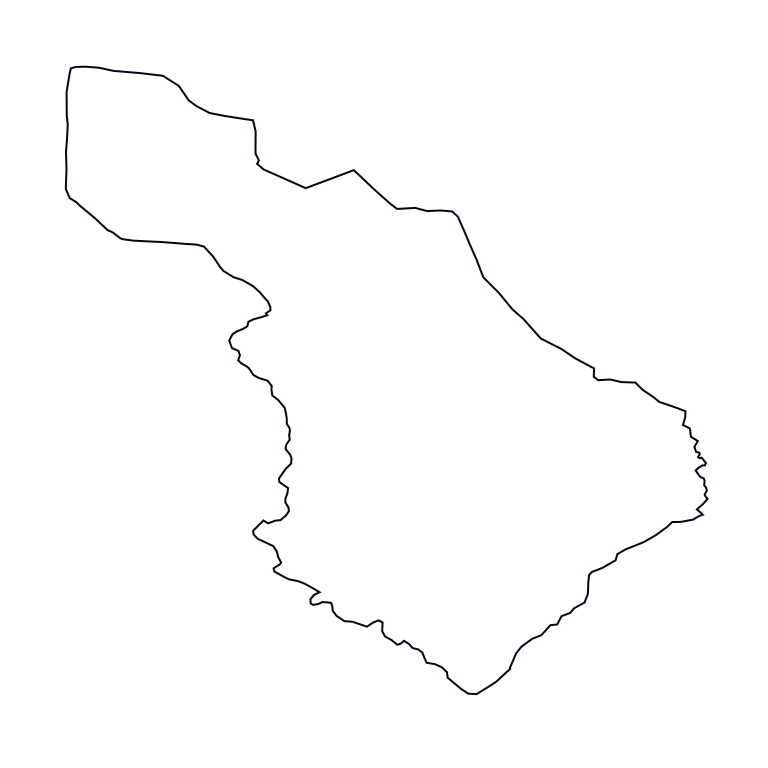 Pynes Town, Sinoe, Liberia (Natural Earth projection), rotated 272°
{"feature_id": "62588387B44747363578735", "entity_name": "Pynes Town", "entity_type": "district", "adm_level": 2, "iso_a3": "LBR", "parent_name": "Liberia", "parent_adm1": "Sinoe", "projection": "natural_earth1", "projection_center": [-8.563, 5.57], "detail": "fine", "context": "isolated", "style": "outline", "palette": "ink", "viewbox_px": 768, "rotation_deg": 272, "n_neighbors": 0, "source": "geoboundaries", "source_scale": "gbopen_adm2", "svg_char_len": 3436}
<svg xmlns="http://www.w3.org/2000/svg" viewBox="0 0 768 768"><g transform="rotate(272 384 384)"><path d="M688.5,60.0L686.8,59.7L682.7,58.9L664.6,56.6L655.2,57.0L641.3,57.6L632.4,58.9L616.5,58.6L605.2,58.1L587.3,59.2L567.8,59.2L564.2,60.9L558.8,63.5L555.1,70.0L553.3,72.0L551.3,74.2L539.9,89.0L528.1,102.4L526.0,107.7L520.6,115.1L519.6,117.9L518.6,127.5L518.5,128.9L518.1,157.5L517.3,176.4L517.2,177.2L516.8,191.6L515.1,199.2L505.3,208.9L495.3,216.0L491.3,219.7L485.5,229.9L484.7,232.7L483.0,238.8L477.3,249.6L471.1,256.9L465.7,261.8L462.7,264.9L457.1,267.7L453.7,267.9L450.4,263.5L448.7,265.0L446.2,258.2L444.1,251.2L441.4,246.3L436.9,245.4L434.4,241.7L431.5,235.3L428.5,230.9L422.1,227.8L414.7,230.7L412.0,237.4L407.6,239.0L402.6,237.4L399.6,240.7L397.0,245.8L395.1,248.4L388.4,253.2L385.6,258.8L383.2,267.6L378.0,271.9L374.8,271.7L368.6,272.8L364.6,278.5L356.9,285.5L350.6,287.2L346.2,288.0L340.7,288.3L336.9,291.0L333.9,291.6L329.3,291.0L325.0,291.7L319.8,288.4L315.7,287.9L309.8,292.9L306.5,294.1L301.3,294.0L297.7,290.6L295.8,288.8L285.9,282.3L282.3,282.9L276.6,291.8L271.5,291.3L266.0,289.5L262.3,289.5L257.1,292.9L253.6,293.4L249.3,290.7L244.4,285.4L243.6,280.1L240.7,273.0L241.9,270.9L243.4,268.3L232.8,258.3L229.1,258.9L224.9,263.1L221.0,272.3L218.1,279.0L212.7,282.8L207.3,284.3L202.0,287.4L200.2,286.3L195.9,280.1L192.8,281.0L188.6,289.1L185.5,295.6L184.0,305.1L181.6,311.8L176.6,321.6L173.6,326.9L170.9,321.5L166.3,318.0L162.1,318.3L160.8,321.0L161.7,325.6L164.0,330.3L163.5,338.5L161.0,339.9L155.6,340.7L150.7,344.6L145.6,352.7L145.3,360.8L140.9,375.4L145.6,382.1L147.6,387.0L145.6,390.9L136.9,390.8L131.7,393.9L128.2,400.7L123.9,406.4L125.0,409.7L128.0,413.0L125.1,418.0L121.0,422.0L120.0,427.3L116.8,431.8L111.6,434.0L106.9,436.3L105.8,444.7L103.0,451.5L98.2,457.0L92.7,457.9L82.1,471.5L77.5,478.9L77.3,487.3L83.7,496.9L90.3,506.5L99.8,516.0L103.6,520.0L104.5,519.7L119.3,525.4L126.4,530.6L134.5,541.0L138.5,549.9L142.5,553.5L148.8,558.7L149.7,565.5L158.2,569.6L161.7,578.0L166.7,582.1L172.5,592.0L181.4,595.1L192.2,595.1L200.2,595.6L203.3,598.2L207.8,608.6L215.9,621.6L222.1,623.2L227.0,631.0L235.1,649.2L242.2,660.6L251.2,672.1L256.1,676.8L256.5,685.1L259.2,697.5L263.2,703.8L264.5,707.2L266.8,704.6L269.5,701.1L270.4,701.9L275.4,707.2L280.6,711.4L282.7,709.3L284.7,708.3L288.8,710.4L291.5,709.6L294.0,707.5L296.9,707.7L298.7,707.7L301.0,706.7L301.9,703.8L304.0,701.7L308.5,698.5L310.8,700.7L313.7,704.9L313.9,707.5L316.2,708.5L321.4,704.1L320.9,702.2L321.8,700.4L325.0,702.0L326.4,701.5L327.0,698.4L331.9,696.4L338.0,699.6L341.9,692.6L350.2,691.3L353.5,684.2L361.2,686.2L367.3,686.2L369.9,678.7L370.6,676.6L375.6,659.9L380.3,653.8L387.0,642.9L394.2,635.2L394.2,621.0L396.4,610.1L395.3,597.9L398.6,593.4L406.9,593.4L416.3,574.2L425.2,560.1L430.5,548.6L434.9,539.2L435.9,538.2L453.7,521.2L463.1,509.7L479.1,495.6L494.1,479.5L510.7,472.5L526.7,464.8L540.6,458.4L552.9,452.4L553.8,452.0L558.8,446.2L559.4,434.0L558.3,421.2L561.1,409.0L559.4,391.0L564.4,383.9L579.3,366.0L580.2,365.0L596.7,346.4L577.0,298.9L594.2,256.2L599.7,249.4L600.9,250.2L601.5,250.5L603.2,251.1L607.8,248.6L609.7,247.6L613.9,247.4L632.1,246.9L643.0,243.9L644.4,231.3L646.1,217.4L646.2,216.4L646.8,212.4L647.4,208.6L648.8,200.1L655.2,186.8L660.6,179.0L664.4,176.2L674.7,168.6L681.1,157.7L684.3,152.3L684.7,147.7L686.2,129.3L687.5,102.6L690.1,88.5L690.5,79.4L690.7,75.1L690.1,64.7L688.5,60.0Z" fill="none" stroke="#020617" stroke-width="2"/></g></svg>